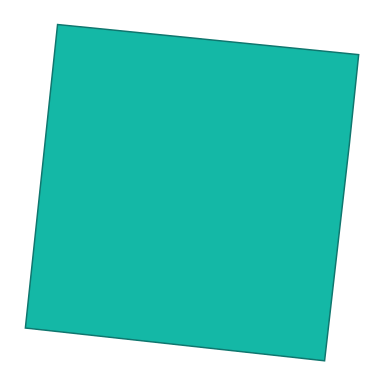 Stonewall, Texas, United States of America, rotated 276°
{"feature_id": "52423323B46618187662485", "entity_name": "Stonewall", "entity_type": "district", "adm_level": 2, "iso_a3": "USA", "parent_name": "United States of America", "parent_adm1": "Texas", "projection": "robinson", "projection_center": [-100.217, 33.179], "detail": "fine", "context": "isolated", "style": "filled", "palette": "teal", "viewbox_px": 384, "rotation_deg": 276, "n_neighbors": 0, "source": "geoboundaries", "source_scale": "gbopen_adm2", "svg_char_len": 239}
<svg xmlns="http://www.w3.org/2000/svg" viewBox="0 0 384 384"><g transform="rotate(276 192 192)"><path d="M255.7,343.5L346.0,343.4L344.5,40.8L39.3,40.5L38.0,341.5L255.7,343.5Z" fill="#14b8a6" stroke="#0f766e" stroke-width="1.5"/></g></svg>